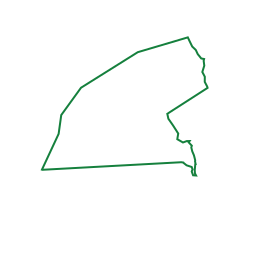 the district of Sulphur Springs, Soufrière, Saint Lucia, rotated 160°
{"feature_id": "8701671B77198875782479", "entity_name": "Sulphur Springs", "entity_type": "district", "adm_level": 2, "iso_a3": "LCA", "parent_name": "Saint Lucia", "parent_adm1": "Soufrière", "projection": "mercator", "projection_center": [-61.049, 13.841], "detail": "fine", "context": "isolated", "style": "outline", "palette": "green", "viewbox_px": 256, "rotation_deg": 160, "n_neighbors": 0, "source": "geoboundaries", "source_scale": "gbopen_adm2", "svg_char_len": 748}
<svg xmlns="http://www.w3.org/2000/svg" viewBox="0 0 256 256"><g transform="rotate(160 128 128)"><path d="M76.8,71.0L76.5,73.1L76.4,73.7L75.9,74.7L75.5,78.4L75.4,79.6L75.4,80.2L75.6,84.0L75.2,87.8L75.1,88.2L74.1,89.5L75.9,93.8L74.6,94.7L77.2,95.6L81.3,95.6L85.5,100.6L84.8,101.9L82.7,105.6L84.8,115.0L86.9,122.9L86.2,127.9L79.7,129.4L39.5,138.5L39.4,139.8L40.1,145.1L38.3,149.9L39.0,155.2L35.0,160.5L33.9,165.3L32.9,166.8L35.4,168.3L37.2,173.6L37.6,178.1L39.8,182.6L40.5,189.3L40.8,192.7L92.9,195.9L158.4,181.9L186.3,163.0L195.2,146.2L223.1,118.3L222.7,118.0L89.6,77.6L87.8,76.6L87.8,76.3L85.7,72.9L81.5,69.6L81.5,67.1L83.0,65.3L83.0,61.3L80.3,60.1L80.6,62.5L79.7,65.6L77.1,71.1L76.8,71.0Z" fill="none" stroke="#15803d" stroke-width="2"/></g></svg>